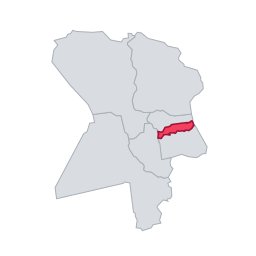 Togo and the surrounding countries, rotated 263°
{"feature_id": "TGO", "entity_name": "Togo", "entity_type": "country or territory", "adm_level": 0, "iso_a3": "TGO", "parent_name": "Africa", "parent_adm1": "", "projection": "mercator", "projection_center": [0.728, 8.603], "detail": "fine", "context": "with_neighbors", "style": "filled", "palette": "rose", "viewbox_px": 256, "rotation_deg": 263, "n_neighbors": 6, "source": "natural_earth", "source_scale": "50m", "svg_char_len": 4691}
<svg xmlns="http://www.w3.org/2000/svg" viewBox="0 0 256 256"><g transform="rotate(263 128 128)"><path d="M29.6,149.1L28.9,141.1L26.1,138.9L24.3,129.8L26.8,128.4L28.0,123.9L35.5,125.9L39.7,124.4L42.5,124.9L43.7,123.2L73.3,123.1L74.9,117.7L73.7,116.7L66.5,48.5L77.8,48.4L127.7,83.3L129.4,87.0L137.5,90.6L137.5,95.5L145.7,94.8L145.8,112.7L141.7,117.8L141.1,122.5L124.4,124.4L121.7,127.1L112.2,127.5L110.4,126.0L106.3,127.1L99.4,130.3L98.0,132.6L92.3,136.1L91.3,138.0L88.2,139.6L84.6,138.5L82.6,140.4L81.5,145.6L75.6,151.9L75.8,154.4L73.8,157.6L74.3,162.0L69.5,164.0L68.4,160.8L65.0,161.5L63.6,163.7L54.9,163.2L52.6,161.0L53.0,158.8L52.1,157.9L50.5,158.7L52.3,154.3L46.8,147.4L45.3,147.2L39.1,150.9L32.7,148.1L29.6,149.1Z" fill="#d9dde1" stroke="#a8b0b8" stroke-width="1"/><path d="M134.1,192.7L128.0,193.5L126.2,188.4L126.5,171.3L125.0,169.7L124.7,166.1L119.9,161.2L120.9,157.3L123.4,156.4L124.9,153.1L128.5,152.4L132.6,147.9L135.3,147.9L140.9,152.3L140.6,154.8L142.3,159.2L140.8,162.3L141.6,164.3L135.7,171.2L134.3,175.9L134.1,192.7Z" fill="#d9dde1" stroke="#a8b0b8" stroke-width="1"/><path d="M223.9,65.4L225.7,77.8L228.5,79.9L228.6,82.4L231.7,85.1L230.1,88.5L227.3,104.3L226.9,114.4L217.4,121.7L214.2,131.7L217.3,134.6L217.3,139.4L222.0,139.6L221.3,143.2L219.2,143.6L219.0,146.0L217.6,146.2L212.6,137.9L210.9,137.6L205.1,141.8L195.4,139.2L193.3,140.3L188.9,140.0L184.6,143.3L180.8,143.4L171.9,139.5L168.4,141.4L164.6,141.3L161.8,138.4L154.4,135.5L146.5,136.4L144.6,138.1L143.5,142.5L141.4,145.5L140.9,152.3L135.3,147.9L132.6,147.9L130.1,150.1L130.3,145.0L121.8,143.2L121.5,139.6L117.4,134.6L116.4,131.1L117.0,127.4L121.7,127.1L124.4,124.4L141.1,122.5L141.7,117.8L145.8,112.7L145.7,94.8L156.2,91.3L177.5,75.8L202.9,60.5L214.6,64.0L218.7,68.4L223.9,65.4Z" fill="#d9dde1" stroke="#a8b0b8" stroke-width="1"/><path d="M134.1,192.7L134.3,175.9L135.7,171.2L141.6,164.3L140.8,162.3L142.3,159.2L140.6,154.8L141.4,145.5L143.5,142.5L144.6,138.1L146.5,136.4L154.4,135.5L161.8,138.4L164.6,141.3L168.4,141.4L171.9,139.5L180.8,143.4L184.6,143.3L188.9,140.0L193.3,140.3L195.4,139.2L205.1,141.8L210.9,137.6L212.6,137.9L217.6,146.2L219.0,146.0L221.9,149.0L220.7,152.9L214.5,158.7L208.4,174.3L204.5,177.4L201.0,187.3L195.9,189.8L191.8,186.7L189.0,186.9L184.6,191.2L182.4,191.3L177.0,203.7L169.3,206.4L166.5,206.0L163.7,207.6L157.8,207.5L153.8,202.8L151.4,197.5L146.2,192.6L134.1,192.7Z" fill="#d9dde1" stroke="#a8b0b8" stroke-width="1"/><path d="M114.4,157.1L113.8,159.4L116.9,163.3L117.6,174.7L119.5,177.4L117.8,184.1L118.4,187.8L122.0,195.1L99.7,204.2L93.1,202.1L93.4,199.1L90.2,192.7L92.2,184.3L95.3,178.1L92.3,161.8L92.5,157.5L114.4,157.1Z" fill="#d9dde1" stroke="#a8b0b8" stroke-width="1"/><path d="M74.3,162.0L73.8,157.6L75.8,154.4L75.6,151.9L81.5,145.6L82.6,140.4L84.6,138.5L88.2,139.6L91.3,138.0L92.3,136.1L98.0,132.6L99.4,130.3L106.3,127.1L110.4,126.0L112.2,127.5L117.0,127.4L116.4,131.1L117.4,134.6L121.5,139.6L121.8,143.2L130.3,145.0L130.1,150.1L128.5,152.4L124.9,153.1L123.4,156.4L120.9,157.3L111.0,156.5L108.6,157.7L92.5,157.5L93.3,167.4L88.3,165.5L84.8,165.8L82.2,167.7L74.3,162.0Z" fill="#d9dde1" stroke="#a8b0b8" stroke-width="1"/><path d="M120.9,157.3L120.7,158.1L120.3,159.1L120.0,159.4L119.9,161.8L120.0,162.0L121.3,162.9L122.9,164.0L124.0,164.8L124.1,165.0L124.1,166.6L124.2,168.0L124.4,168.8L124.4,169.5L124.7,170.1L125.8,171.2L126.0,171.9L126.1,173.9L126.1,175.5L126.2,177.7L126.2,179.5L126.2,181.8L126.2,184.4L126.2,187.2L125.5,187.2L125.9,188.1L126.0,188.9L126.1,189.1L125.9,189.5L126.0,190.1L126.3,190.3L127.1,191.4L127.3,192.4L126.1,192.7L126.2,193.0L123.9,193.5L123.0,193.9L123.0,193.5L122.6,193.4L122.2,193.3L122.0,193.1L121.6,192.6L121.5,192.2L121.0,192.2L120.3,191.7L119.7,191.2L119.4,190.7L119.5,190.5L119.4,190.3L119.2,190.2L118.6,189.1L118.3,188.6L118.1,188.3L118.2,188.0L118.1,187.6L118.2,187.3L118.5,187.1L118.6,186.9L118.6,186.4L118.8,185.5L118.9,184.5L118.6,184.3L118.2,184.2L118.0,183.9L117.9,183.5L117.9,183.1L118.7,181.7L118.5,178.6L118.6,178.1L119.0,177.8L119.3,177.4L119.3,177.1L118.8,176.1L117.8,175.4L117.3,174.8L117.0,174.3L117.0,174.0L117.6,173.6L117.8,173.3L117.9,173.0L117.6,172.4L117.7,171.4L117.9,170.6L118.1,169.6L118.1,169.3L117.5,168.6L117.2,168.6L116.3,169.0L116.1,169.0L116.0,168.9L115.9,168.8L116.1,168.5L116.1,168.2L116.6,167.8L116.7,167.7L116.2,167.6L116.2,167.4L116.2,167.2L116.4,167.2L116.5,167.2L116.7,166.2L116.7,165.9L116.8,165.3L116.9,163.0L117.0,162.7L116.7,162.4L115.8,161.8L115.3,161.3L114.9,160.8L114.5,160.5L113.8,160.0L113.6,159.7L113.5,159.4L113.8,158.7L114.1,158.0L114.3,157.1L114.2,156.8L113.7,156.4L115.4,156.7L117.8,157.3L117.9,157.6L118.3,157.6L119.0,157.4L120.9,157.3Z" fill="#f43f5e" stroke="#9f1239" stroke-width="1.5"/></g></svg>